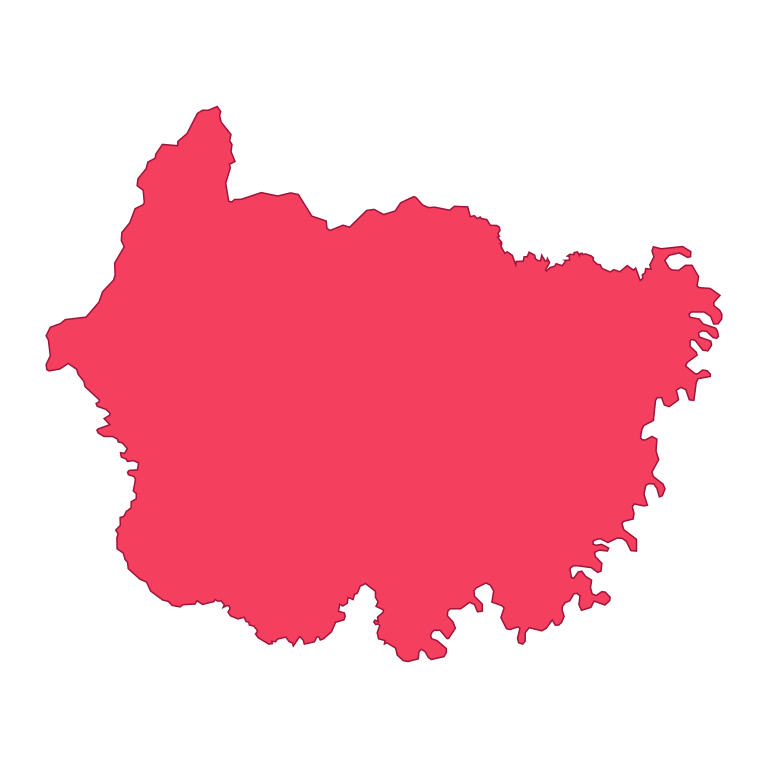 outline of Jamundí, Valle del Cauca, Colombia
{"feature_id": "7082276B34643153596427", "entity_name": "Jamundí", "entity_type": "district", "adm_level": 2, "iso_a3": "COL", "parent_name": "Colombia", "parent_adm1": "Valle del Cauca", "projection": "mercator", "projection_center": [-76.61, 3.224], "detail": "fine", "context": "isolated", "style": "filled", "palette": "rose", "viewbox_px": 768, "rotation_deg": 0, "n_neighbors": 0, "source": "geoboundaries", "source_scale": "gbopen_adm2", "svg_char_len": 6108}
<svg xmlns="http://www.w3.org/2000/svg" viewBox="0 0 768 768"><path d="M517.5,638.2L518.6,642.7L522.8,644.1L525.2,641.0L525.2,632.8L529.1,627.7L541.8,630.8L546.2,628.3L552.3,619.9L555.3,625.2L558.8,625.0L561.5,622.5L564.1,616.4L562.0,609.6L562.5,606.3L565.1,602.7L569.8,600.8L573.7,593.9L576.7,593.3L580.0,595.7L578.9,604.6L581.5,610.3L590.9,607.4L594.1,601.1L605.0,605.0L609.7,600.6L610.1,597.3L605.3,592.1L601.8,591.7L596.2,595.5L592.1,593.8L590.5,587.5L591.6,580.2L585.6,576.4L581.8,571.2L578.2,572.0L573.9,578.1L571.5,577.7L569.9,568.5L573.1,565.8L577.7,565.8L591.3,567.6L597.7,572.4L601.0,571.1L601.9,563.4L595.2,556.4L594.6,552.4L599.0,550.1L607.4,551.0L608.7,548.1L601.5,544.3L596.1,545.3L593.2,544.3L593.0,541.1L596.9,539.2L600.5,538.8L607.9,542.5L617.2,538.0L622.3,538.4L626.3,541.3L630.9,550.6L636.5,551.1L636.5,539.3L623.9,529.8L621.8,523.4L623.8,521.3L633.1,519.0L634.0,513.4L632.3,506.8L634.1,503.9L643.9,505.9L647.4,505.2L643.9,494.2L645.8,485.4L648.8,483.7L653.8,483.9L656.9,488.3L659.4,496.9L662.3,495.7L665.0,488.8L663.1,484.2L653.4,476.6L651.9,472.1L658.7,459.6L656.0,451.1L656.9,439.2L652.0,436.4L645.1,440.1L642.2,439.7L640.5,437.7L641.8,429.7L643.8,425.5L653.4,420.5L655.5,400.3L657.2,397.7L661.6,397.6L664.3,405.0L669.3,406.6L678.6,399.7L676.3,390.2L681.0,387.4L685.8,389.6L689.3,399.8L693.9,400.4L696.2,382.6L698.0,378.7L710.3,376.5L710.4,374.2L707.1,370.7L702.5,370.0L697.9,373.7L695.1,373.8L685.5,365.9L687.3,362.3L697.1,355.2L696.3,352.3L690.0,346.3L690.2,340.6L691.6,339.5L695.2,340.4L702.7,350.1L707.8,350.9L711.6,345.2L710.8,341.1L699.3,337.0L698.5,332.8L702.1,330.8L706.5,331.3L713.0,337.5L716.5,338.3L718.5,336.4L717.4,331.1L715.7,328.2L703.0,323.9L699.2,319.0L690.0,317.3L689.0,314.2L691.3,312.0L704.1,312.0L710.7,316.4L713.7,324.0L718.1,323.8L721.6,319.1L721.9,314.4L719.7,310.3L714.1,305.9L713.7,302.5L720.0,295.4L710.1,288.4L699.5,287.7L697.0,286.0L698.6,276.7L692.0,265.3L685.4,265.3L678.7,270.4L671.8,269.9L669.0,267.9L664.8,260.4L669.1,255.3L679.4,252.9L687.4,257.3L690.6,256.7L690.8,251.6L682.5,246.5L661.3,248.8L653.4,246.8L652.0,251.0L653.9,256.9L649.8,264.9L651.1,269.2L645.7,268.6L644.9,273.1L642.3,274.7L642.8,278.3L640.2,280.5L635.7,268.1L633.4,270.1L627.3,265.6L619.9,271.7L613.7,269.7L610.3,272.0L602.1,268.5L600.1,264.6L597.4,264.4L593.1,260.4L593.3,257.7L591.2,255.9L585.4,253.9L582.8,254.6L582.3,253.3L580.2,253.5L579.4,255.7L577.5,251.9L574.1,252.6L574.0,254.6L569.9,254.3L567.4,256.1L569.1,256.4L569.6,260.1L564.9,260.3L565.8,260.8L562.2,265.6L556.2,263.7L554.7,266.2L550.1,267.5L546.6,270.9L545.5,270.1L549.6,262.6L547.4,258.5L547.0,260.9L545.1,261.0L541.7,255.2L540.6,260.7L537.9,260.5L535.4,258.7L534.7,255.1L529.1,252.2L527.2,256.7L524.1,256.8L523.2,261.2L516.3,261.4L515.7,264.9L512.3,255.3L507.1,251.8L504.8,253.3L501.0,246.4L501.6,243.9L500.2,243.6L501.7,242.4L497.6,237.2L499.4,236.4L497.8,233.5L500.0,230.6L499.3,227.1L496.8,225.5L490.4,225.3L486.7,219.5L481.5,218.6L480.2,217.0L477.1,218.5L474.3,215.7L470.3,216.6L467.7,206.9L454.4,206.3L449.7,210.2L434.8,207.2L428.4,207.6L422.6,204.9L415.6,197.2L413.5,196.7L400.7,202.8L395.2,211.0L383.6,214.5L374.1,209.4L366.7,210.4L349.6,227.2L343.0,225.2L330.1,230.5L327.0,228.3L326.2,221.0L311.8,216.1L298.4,194.5L290.7,192.9L277.7,196.0L261.2,192.6L241.3,199.3L234.5,199.5L231.9,202.0L228.7,201.3L225.7,183.2L230.3,167.9L229.4,164.3L235.0,161.5L231.0,151.6L232.0,144.4L229.6,140.8L231.0,134.5L221.1,122.1L219.6,115.4L220.7,111.5L217.2,106.5L208.1,110.3L202.6,110.2L197.4,113.4L187.1,133.5L178.0,141.3L177.5,145.7L162.4,144.4L155.8,154.2L155.2,158.2L147.9,162.1L146.1,168.7L138.0,178.7L137.1,185.6L143.2,190.4L144.3,202.6L143.0,204.8L135.1,208.7L129.8,222.7L121.9,232.5L121.3,240.4L124.2,246.8L114.7,262.9L115.1,275.0L113.6,280.1L102.6,291.7L99.0,302.1L86.1,317.1L65.3,319.6L60.4,323.6L50.3,327.3L46.1,335.8L48.4,339.9L50.3,355.8L46.1,364.6L46.9,369.7L49.1,370.9L59.8,369.0L68.2,363.5L76.7,369.3L78.1,374.2L83.9,381.4L85.1,386.7L99.2,399.7L99.1,401.8L96.1,403.5L97.2,406.3L106.0,409.4L110.1,413.3L109.7,415.2L104.1,418.6L109.9,424.7L98.3,428.8L96.9,430.2L98.2,432.9L103.8,436.4L113.0,436.6L117.5,439.2L118.2,441.9L122.3,442.9L127.4,448.7L124.5,453.3L120.5,452.7L121.3,457.0L126.2,459.1L127.4,461.4L133.5,460.6L138.6,463.0L137.5,469.8L129.2,470.4L127.6,472.2L128.4,474.7L134.0,476.5L135.5,479.4L133.3,490.9L136.3,493.7L136.2,498.9L131.2,501.7L131.1,507.9L126.4,511.3L123.8,516.5L120.1,517.5L120.3,525.4L115.7,530.1L118.2,533.9L116.9,537.6L117.1,548.8L123.3,553.1L125.1,559.5L127.6,562.4L128.2,568.6L139.9,579.2L146.5,582.0L150.7,591.1L162.9,600.1L168.2,601.3L172.1,605.4L180.2,606.9L182.8,604.7L195.1,604.0L196.9,600.7L202.5,604.4L213.9,601.6L215.1,599.5L217.6,601.1L221.1,600.9L224.3,604.8L223.1,607.5L226.9,605.5L229.5,606.2L229.8,609.0L228.0,612.2L230.5,615.8L238.1,618.9L244.1,617.3L246.1,621.6L248.8,622.1L249.3,625.0L253.8,626.1L256.8,629.7L257.4,631.5L255.5,634.0L258.3,637.8L268.8,644.1L272.3,643.6L271.8,641.3L275.5,641.8L277.5,639.1L285.8,637.1L289.2,641.7L292.5,643.1L293.3,646.0L299.7,636.5L303.3,640.3L304.3,644.1L314.4,641.8L317.0,636.7L319.0,637.2L320.3,640.0L323.5,638.8L331.6,631.6L335.5,622.3L344.0,619.8L345.2,616.2L344.4,613.0L338.5,611.2L339.7,604.2L342.8,606.0L347.3,603.2L348.0,597.4L353.1,599.6L354.4,594.5L357.4,593.1L360.2,586.1L365.5,583.6L375.4,591.3L375.5,597.5L378.1,601.8L376.0,606.3L383.5,609.9L382.9,612.5L377.5,617.1L378.2,621.7L375.1,620.1L373.8,622.0L375.7,624.5L378.3,624.0L379.8,625.5L377.2,632.7L378.5,638.8L385.0,640.5L384.4,644.0L386.9,642.8L395.6,648.1L397.3,655.2L403.4,660.7L408.2,661.5L418.3,658.8L419.0,651.5L421.5,649.4L425.1,651.6L428.3,657.4L431.2,659.5L444.0,656.6L446.4,652.4L446.4,648.7L437.1,640.6L431.8,638.8L430.6,635.5L431.8,632.5L434.1,630.3L440.1,630.3L447.0,638.6L448.6,638.4L455.4,628.2L452.9,621.9L447.4,615.9L447.7,611.3L450.1,608.8L460.6,608.8L469.6,602.3L474.5,604.5L477.5,611.8L482.4,611.1L482.2,604.0L474.6,596.4L473.9,590.7L476.4,587.7L486.0,583.0L490.4,585.2L493.7,591.0L491.9,602.1L502.0,605.7L504.1,608.0L500.9,617.6L506.5,628.7L510.2,629.5L517.9,626.9L520.0,628.2L517.5,638.2Z" fill="#f43f5e" stroke="#9f1239" stroke-width="1.5"/></svg>